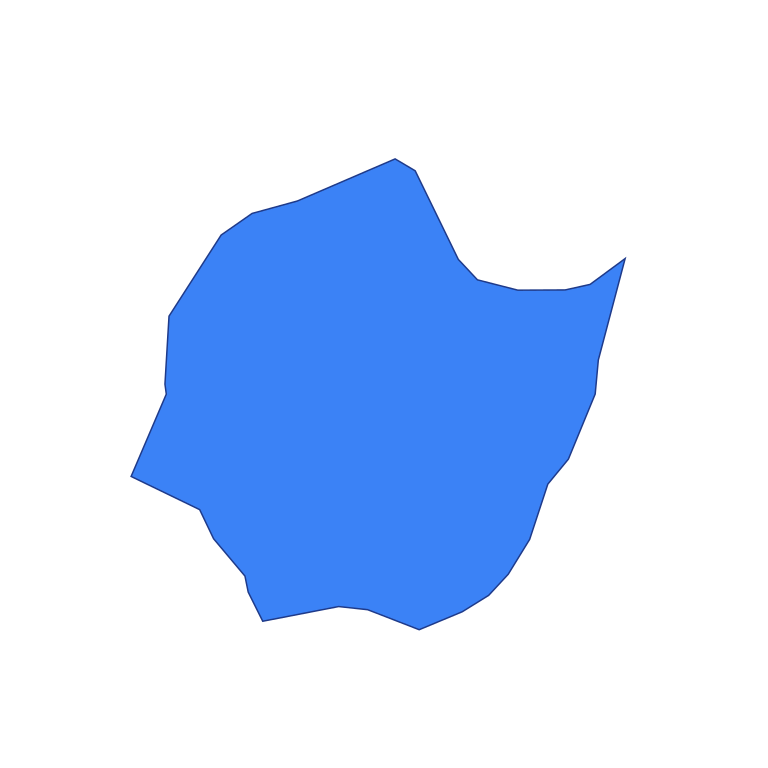 map outline of Postojna (orthographic projection), rotated 313°
{"feature_id": "SVN-978", "entity_name": "Postojna", "entity_type": "Municipality", "adm_level": 1, "iso_a3": "SVN", "parent_name": "Slovenia", "parent_adm1": "", "projection": "orthographic", "projection_center": [14.172, 45.79], "detail": "fine", "context": "isolated", "style": "filled", "palette": "blue", "viewbox_px": 768, "rotation_deg": 313, "n_neighbors": 0, "source": "natural_earth", "source_scale": "10m", "svg_char_len": 555}
<svg xmlns="http://www.w3.org/2000/svg" viewBox="0 0 768 768"><g transform="rotate(313 384 384)"><path d="M556.2,238.6L561.2,261.4L525.8,353.4L523.9,381.3L543.9,417.9L576.3,452.3L597.4,466.8L640.2,474.8L547.7,524.4L520.7,545.3L454.8,570.1L422.5,572.1L369.7,596.5L329.6,604.6L300.9,604.7L270.9,596.6L228.3,577.3L207.8,526.0L190.3,502.6L127.8,457.1L139.2,426.6L148.7,413.3L154.6,364.9L166.4,334.9L143.9,262.1L228.1,231.7L234.5,223.9L287.0,180.5L381.9,163.3L418.8,171.2L458.7,195.8L556.2,238.6Z" fill="#3b82f6" stroke="#1e3a8a" stroke-width="1.5"/></g></svg>